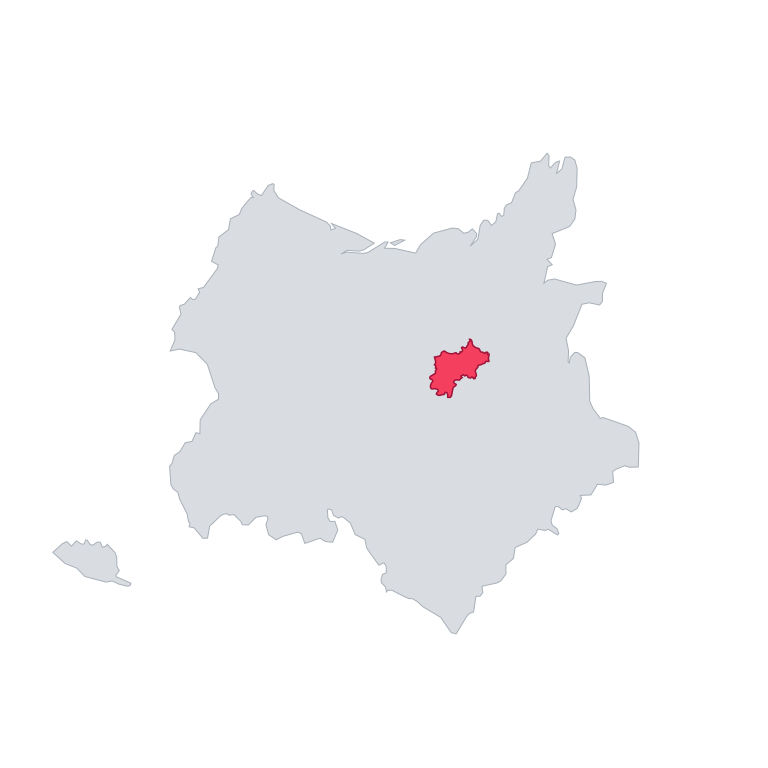 where Loir-et-Cher sits in France, rotated 107°
{"feature_id": "FRA-5314", "entity_name": "Loir-et-Cher", "entity_type": "Metropolitan department", "adm_level": 1, "iso_a3": "FRA", "parent_name": "France", "parent_adm1": "", "projection": "mercator", "projection_center": [1.32, 47.658], "detail": "fine", "context": "in_parent", "style": "filled", "palette": "rose", "viewbox_px": 768, "rotation_deg": 107, "n_neighbors": 0, "source": "natural_earth", "source_scale": "10m", "svg_char_len": 6439}
<svg xmlns="http://www.w3.org/2000/svg" viewBox="0 0 768 768"><g transform="rotate(107 384 384)"><path d="M582.2,320.8L577.6,323.3L574.7,328.5L571.8,329.7L566.5,329.8L564.0,326.6L557.6,328.6L555.0,331.9L558.8,335.9L546.1,352.5L538.2,356.8L536.4,367.5L526.9,375.5L523.4,383.9L523.1,385.6L525.5,388.3L524.5,393.8L519.7,397.3L519.8,400.8L521.1,401.3L528.4,398.5L531.2,395.3L529.7,390.8L537.1,385.5L550.3,386.8L551.8,394.0L550.1,400.0L559.6,413.1L551.4,419.2L550.9,423.2L559.3,436.2L564.6,441.6L561.8,450.3L552.8,455.9L547.1,455.5L544.7,456.9L544.9,459.6L548.9,467.4L558.5,472.5L560.0,478.4L557.3,480.5L552.8,489.4L554.8,493.8L554.0,495.7L555.0,498.7L557.5,501.6L570.9,509.1L583.0,507.7L584.5,512.0L577.1,523.5L577.5,528.7L573.8,528.8L573.1,530.5L565.7,534.4L553.7,545.9L548.0,549.3L545.8,555.1L542.5,558.4L525.2,565.0L522.0,563.5L513.6,563.7L508.4,559.5L498.3,556.9L495.0,550.8L485.7,549.7L485.2,545.6L472.0,549.3L453.5,543.8L446.9,537.8L441.6,539.4L436.8,544.7L416.8,558.7L409.0,573.1L410.4,589.9L415.0,598.1L402.9,596.8L395.7,599.3L393.8,602.8L376.6,598.6L370.3,602.1L368.5,601.9L366.3,598.4L357.9,594.4L359.2,591.7L358.0,589.2L350.1,587.2L347.3,589.6L344.4,584.8L322.2,577.1L318.6,577.3L317.1,584.8L302.8,584.6L300.8,583.3L291.6,584.8L281.8,577.8L270.9,579.2L264.2,571.9L257.7,571.4L248.5,567.6L244.4,565.6L243.8,563.5L241.1,566.8L237.7,566.1L237.0,565.0L239.2,561.0L239.6,556.3L228.1,552.8L225.1,549.3L225.1,547.5L231.2,545.9L236.8,539.4L242.1,515.4L245.9,486.7L248.7,481.3L252.3,479.8L249.4,475.9L245.9,481.0L248.0,454.5L252.1,434.5L261.8,442.7L264.1,446.3L266.9,458.2L272.3,463.2L268.8,458.4L265.3,442.5L263.1,438.0L247.8,424.6L247.2,421.6L254.0,423.2L251.2,413.1L249.6,392.0L240.3,389.9L225.3,380.8L215.0,364.5L213.8,358.4L216.5,351.8L214.1,347.7L209.8,344.9L213.1,339.3L216.2,338.7L227.0,341.9L218.2,336.6L203.9,338.4L198.2,336.5L197.1,332.6L201.0,327.6L196.2,324.5L188.0,325.2L187.0,323.9L189.4,320.3L187.4,318.9L180.7,320.3L176.9,319.2L173.3,315.0L162.5,314.1L160.0,311.7L145.1,307.0L129.5,307.8L125.1,299.5L115.6,295.5L117.5,292.9L127.0,290.4L128.8,288.1L121.9,284.7L119.4,281.3L132.2,280.5L126.4,276.8L114.1,277.1L112.4,272.1L114.0,267.0L121.2,262.4L139.1,257.4L152.2,257.2L161.4,251.3L170.5,249.7L179.2,252.6L191.0,267.2L200.3,260.8L214.2,260.9L217.1,264.6L220.8,258.0L223.9,261.8L240.9,260.5L237.0,257.9L233.7,251.7L233.1,228.8L224.3,212.0L222.2,205.9L222.7,200.7L232.9,201.6L241.3,199.3L245.4,200.9L246.4,211.7L249.9,218.0L273.4,219.9L286.9,223.3L298.3,217.2L309.0,214.4L309.8,213.0L303.7,213.6L298.1,210.9L297.3,208.1L300.2,199.5L316.5,190.1L340.4,182.2L346.5,176.8L353.6,167.1L352.0,164.6L353.1,138.1L356.6,129.3L365.7,123.0L389.0,116.5L391.9,125.1L391.7,129.9L397.9,137.4L400.9,139.7L411.0,135.7L415.9,142.6L417.4,150.5L429.6,153.7L433.2,163.9L435.4,161.7L443.0,162.2L446.6,163.0L451.6,167.5L450.1,173.6L452.2,176.5L450.1,182.1L451.6,184.4L465.6,184.4L469.8,181.9L471.8,176.3L476.0,173.0L477.6,174.0L474.9,184.4L476.9,187.1L477.9,194.5L483.2,195.1L493.5,201.0L502.1,210.8L512.9,209.2L521.3,214.6L530.0,211.8L538.2,214.8L541.1,217.6L548.8,231.2L554.7,228.5L558.8,230.1L560.2,234.0L575.9,231.7L578.7,235.5L582.0,236.9L601.9,242.0L602.1,247.1L590.6,261.5L585.6,281.8L582.2,288.9L581.0,294.1L581.9,297.6L581.3,303.1L578.9,316.2L580.2,320.0L582.2,320.8ZM652.9,578.8L651.9,586.4L654.7,591.9L655.6,613.6L649.9,624.0L648.9,636.6L641.8,651.5L630.7,644.8L627.4,641.2L630.4,635.5L624.0,632.4L625.5,626.8L624.8,624.0L620.3,623.7L620.1,622.3L623.4,618.0L623.3,615.3L619.0,612.0L618.2,609.0L622.4,605.7L620.5,602.6L618.2,601.9L623.8,592.0L627.7,589.0L636.3,586.2L639.9,582.6L645.6,584.5L646.6,583.6L648.5,567.8L650.4,567.6L652.3,569.7L652.9,578.8ZM248.4,414.3L247.1,419.1L241.2,410.8L240.4,406.3L248.4,414.3Z" fill="#d9dde1" stroke="#a8b0b8" stroke-width="1"/><path d="M362.9,341.7L358.6,337.8L356.6,338.7L356.1,338.6L355.3,338.3L354.0,338.1L353.9,338.4L353.7,339.2L353.6,339.6L352.8,339.4L351.9,339.6L351.2,340.2L351.0,341.3L349.0,340.8L347.2,341.3L343.5,343.6L341.4,339.6L340.2,338.4L338.6,338.1L337.3,338.3L336.9,338.1L335.6,337.0L335.1,336.5L334.8,335.7L335.6,333.2L335.8,331.2L335.6,329.2L335.1,327.6L333.9,325.4L333.3,325.0L333.1,324.7L333.1,324.1L333.2,323.7L333.6,323.1L333.7,322.7L333.6,322.2L333.5,321.8L332.5,320.3L332.3,320.2L331.9,320.3L331.5,320.6L331.2,320.7L330.8,320.3L330.7,319.5L330.6,319.1L330.4,318.9L330.2,318.8L329.7,318.7L328.5,318.9L327.9,319.2L327.1,320.2L326.7,320.4L326.3,320.4L325.9,320.1L325.6,319.6L325.7,319.0L325.9,317.7L325.8,316.9L325.4,316.3L325.0,316.1L321.3,315.1L320.9,315.1L320.3,315.6L319.9,315.6L318.1,314.5L317.6,314.4L317.1,314.5L316.7,314.9L316.3,315.3L316.0,314.6L316.4,313.4L317.3,312.5L318.1,312.0L318.5,311.9L319.4,311.5L320.5,310.7L321.0,310.3L321.4,309.8L322.4,306.7L322.4,306.3L322.5,305.9L322.4,305.4L322.4,305.0L322.4,304.6L322.4,304.1L322.5,303.6L322.7,303.0L323.2,302.6L323.7,302.2L324.6,301.4L324.9,300.8L325.0,300.3L324.8,299.6L324.8,299.0L324.8,298.3L325.1,297.1L325.2,296.5L325.0,296.2L324.3,296.2L324.1,296.1L323.9,295.8L323.8,295.5L323.6,295.1L323.4,294.7L323.4,294.2L323.7,293.9L324.0,293.8L324.8,293.8L325.1,293.7L325.5,293.4L325.5,293.1L325.3,292.9L325.0,292.7L324.7,292.4L326.1,291.9L328.5,291.8L329.8,291.3L330.8,290.6L331.3,290.3L331.8,290.4L332.1,291.0L332.3,292.5L332.5,293.1L333.0,293.4L334.3,293.6L334.8,293.9L335.7,295.4L337.3,297.0L338.4,299.0L338.9,299.5L339.1,299.6L340.0,299.2L340.7,299.2L343.4,300.5L344.3,300.5L345.2,300.3L348.2,298.4L348.9,298.1L349.7,298.2L350.8,298.8L350.8,298.6L351.6,298.5L352.0,298.5L352.4,298.9L352.7,299.7L352.5,300.3L351.6,301.3L351.5,302.0L351.9,302.3L352.6,302.7L353.1,303.2L353.1,305.4L352.0,306.6L351.3,307.6L352.7,309.3L352.5,309.6L352.1,310.5L351.9,310.8L353.8,312.7L354.3,312.6L354.5,312.3L355.0,311.1L356.4,312.2L357.9,312.8L358.3,313.3L358.9,316.1L359.8,317.3L361.0,318.0L362.2,317.9L362.9,316.5L363.1,315.3L363.3,314.9L363.8,314.7L364.8,315.1L366.8,316.6L367.9,316.8L375.6,316.0L377.5,316.8L378.1,319.2L375.2,320.2L374.1,321.1L373.9,322.7L374.4,323.2L376.0,323.2L376.6,323.7L377.5,325.9L378.4,327.0L378.7,327.7L378.8,328.5L378.9,329.4L378.3,331.0L377.3,331.0L374.8,330.1L374.3,330.3L373.9,330.7L373.6,331.3L373.4,332.1L373.5,333.0L373.6,333.9L374.7,336.7L374.7,337.4L374.3,338.0L372.9,338.9L371.0,339.1L369.1,338.9L367.1,338.1L366.8,338.1L365.8,339.4L365.7,339.7L365.6,340.2L365.7,340.9L365.6,341.2L365.4,341.5L364.9,342.0L364.2,342.1L363.5,342.0L362.9,341.7Z" fill="#f43f5e" stroke="#9f1239" stroke-width="1.5"/></g></svg>